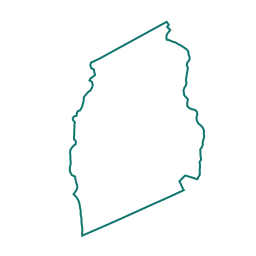 Candeal, Bahia, Brazil, rotated 155°
{"feature_id": "56859067B49884846249596", "entity_name": "Candeal", "entity_type": "district", "adm_level": 2, "iso_a3": "BRA", "parent_name": "Brazil", "parent_adm1": "Bahia", "projection": "albers", "projection_center": [-39.193, -11.879], "detail": "fine", "context": "isolated", "style": "outline", "palette": "teal", "viewbox_px": 256, "rotation_deg": 155, "n_neighbors": 0, "source": "geoboundaries", "source_scale": "gbopen_adm2", "svg_char_len": 1801}
<svg xmlns="http://www.w3.org/2000/svg" viewBox="0 0 256 256"><g transform="rotate(155 128 128)"><path d="M215.0,49.8L179.6,48.9L153.2,48.6L134.9,48.4L120.1,48.1L110.3,48.1L106.2,48.1L103.7,48.1L103.9,51.2L103.9,58.0L100.9,59.1L96.2,60.8L86.8,52.3L84.7,54.0L82.8,55.2L81.6,57.6L80.7,59.8L78.6,63.4L77.5,66.9L75.1,68.5L73.9,72.5L72.5,75.7L71.6,78.0L69.4,79.2L67.1,81.4L66.4,83.5L64.7,85.5L62.6,87.9L61.5,91.2L60.2,93.6L60.1,96.3L60.8,99.3L62.2,102.0L62.5,105.1L61.6,108.6L59.3,111.2L58.7,113.6L59.6,116.1L62.4,118.2L64.3,120.6L65.0,123.1L63.6,125.9L61.6,128.7L62.5,131.6L63.2,134.0L62.5,136.1L61.9,138.5L59.6,140.9L57.3,142.3L55.8,144.6L55.2,147.0L53.9,149.0L52.0,151.9L50.0,154.7L48.2,157.4L48.3,160.0L46.7,162.2L43.5,163.7L42.2,166.2L42.1,168.9L41.0,171.7L41.5,174.3L42.8,176.5L44.8,180.0L46.8,182.3L48.9,185.6L51.6,187.9L53.2,189.9L55.6,191.8L55.0,193.8L53.4,196.2L50.5,197.9L48.3,199.0L49.0,201.0L49.8,203.0L47.4,204.3L48.1,207.9L124.9,202.9L134.0,202.9L135.6,200.9L136.0,197.8L134.2,195.5L135.0,192.8L135.4,190.0L138.0,189.3L140.7,188.9L142.8,187.4L141.3,185.4L141.5,182.5L143.0,180.2L146.0,178.0L149.2,177.3L152.4,175.9L155.1,174.4L156.6,171.6L158.7,168.9L161.1,166.2L164.1,164.2L166.4,164.5L168.2,163.0L169.4,160.8L171.8,161.3L174.0,160.2L174.4,158.0L173.7,155.6L175.3,153.5L176.0,151.6L177.1,149.8L178.6,146.6L180.2,143.5L181.6,141.0L180.9,138.0L182.3,135.4L184.5,135.0L186.8,134.1L189.6,132.4L191.1,129.7L192.2,126.6L193.5,123.8L194.2,121.6L195.4,119.3L197.5,116.6L199.0,113.2L198.8,109.0L196.5,106.4L197.2,104.1L198.0,100.4L198.3,97.7L199.0,95.4L201.4,93.2L205.3,91.0L204.1,87.7L203.7,85.0L203.6,82.3L204.1,79.6L205.2,75.8L206.0,72.5L207.2,70.4L207.8,68.3L208.3,65.9L209.6,63.2L210.8,59.9L211.5,57.3L212.8,54.2L214.1,51.8L215.0,49.8Z" fill="none" stroke="#0f766e" stroke-width="2"/></g></svg>